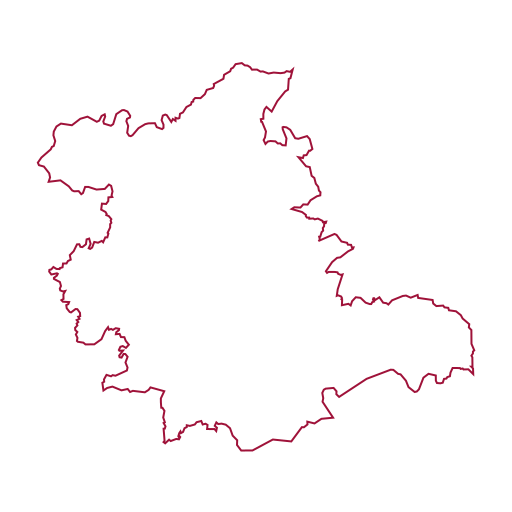 outline of Jalostotitlán, Jalisco, Mexico, rotated 355°
{"feature_id": "50627088B48437195320512", "entity_name": "Jalostotitlán", "entity_type": "district", "adm_level": 2, "iso_a3": "MEX", "parent_name": "Mexico", "parent_adm1": "Jalisco", "projection": "albers", "projection_center": [-102.485, 21.201], "detail": "fine", "context": "isolated", "style": "outline", "palette": "rose", "viewbox_px": 512, "rotation_deg": 355, "n_neighbors": 0, "source": "geoboundaries", "source_scale": "gbopen_adm2", "svg_char_len": 6025}
<svg xmlns="http://www.w3.org/2000/svg" viewBox="0 0 512 512"><g transform="rotate(355 256 256)"><path d="M462.1,392.6L462.4,387.0L460.8,385.0L462.0,385.1L462.7,375.8L461.9,374.1L463.6,372.0L463.8,370.1L465.2,369.0L463.0,362.3L464.1,348.5L461.8,345.7L462.5,342.5L456.4,336.3L454.9,332.8L450.4,328.5L443.5,326.9L443.0,324.4L439.3,323.6L438.1,321.7L431.3,321.6L428.4,318.8L428.1,315.2L413.9,311.9L413.6,308.9L406.5,311.0L402.0,308.5L398.8,308.6L387.7,312.0L383.6,315.9L381.9,314.4L378.6,313.6L375.3,307.9L370.8,310.3L370.1,308.4L369.3,308.3L368.7,309.5L369.5,311.7L367.8,312.1L366.6,313.9L365.1,313.8L361.1,312.0L356.5,306.8L351.8,305.8L347.8,309.4L346.0,313.5L343.9,311.7L337.3,312.5L338.0,307.2L337.3,306.5L338.0,305.5L337.3,303.8L334.3,302.3L333.0,302.7L334.5,296.3L340.6,281.9L338.8,282.2L336.3,280.9L335.8,279.4L333.4,278.8L326.9,278.2L325.3,279.0L324.3,277.3L331.3,268.7L336.6,264.9L339.9,264.7L348.1,259.4L353.2,257.3L353.9,255.9L352.3,255.8L351.7,253.2L348.5,252.7L347.9,250.8L342.4,249.0L338.1,242.0L336.1,240.9L319.5,246.5L321.1,245.4L320.6,242.3L321.7,242.3L323.5,237.9L325.1,236.6L325.0,234.0L326.4,232.3L326.8,229.2L328.3,229.3L328.9,227.9L325.6,228.2L325.3,226.8L320.9,224.1L317.7,224.6L316.3,223.6L312.3,223.5L312.3,222.4L310.1,222.2L309.1,220.6L309.3,219.4L305.7,216.2L295.6,212.3L298.4,210.8L304.5,211.6L307.6,208.7L311.9,209.3L315.2,205.2L321.9,201.8L325.3,201.2L325.8,198.1L324.4,196.3L324.0,192.4L321.9,189.2L320.9,183.3L318.4,181.0L317.3,172.1L313.7,171.0L306.9,161.3L311.3,162.5L312.3,159.9L315.1,159.9L318.0,155.7L319.1,155.9L321.5,154.3L319.7,144.2L317.3,141.0L308.4,142.9L305.3,142.1L301.1,133.3L297.6,130.5L294.4,129.8L293.7,130.1L293.7,132.1L296.6,141.5L295.2,148.4L291.9,147.9L290.0,145.9L287.5,145.8L285.4,143.5L280.4,142.7L277.7,143.0L275.2,145.2L273.7,141.2L275.3,138.7L276.8,132.8L273.7,122.9L272.9,122.7L272.7,120.1L275.3,119.9L275.7,115.1L277.2,110.8L279.4,108.4L284.2,113.5L290.7,103.6L299.4,94.6L302.4,93.1L304.1,82.4L305.8,81.9L308.8,73.4L306.0,75.5L302.6,74.5L300.4,75.8L296.4,76.0L289.6,74.8L284.4,75.3L278.9,72.7L276.6,72.7L273.3,70.4L268.2,70.0L266.6,67.4L264.2,65.6L261.4,65.1L258.7,62.6L252.4,63.1L249.6,66.4L247.5,67.3L246.4,69.7L240.0,72.7L239.0,76.6L228.9,81.0L229.1,82.8L228.0,84.9L221.4,86.2L219.2,90.3L214.5,93.9L209.2,93.3L207.2,95.0L206.9,96.7L205.3,97.0L204.4,99.5L199.7,101.5L195.7,106.6L192.7,107.7L191.7,111.9L190.2,112.3L187.9,111.3L187.6,114.3L185.1,112.3L183.3,115.1L179.4,107.9L177.9,107.2L175.4,108.0L173.8,112.4L175.3,117.1L175.0,120.3L173.5,121.4L168.4,119.0L166.9,114.9L160.3,114.5L157.1,115.0L150.1,118.4L143.5,124.9L141.7,125.7L140.0,125.1L138.4,122.0L140.0,115.3L138.6,110.4L139.5,108.1L142.5,107.0L142.9,105.4L140.6,100.9L137.2,99.1L135.3,99.1L129.2,102.5L125.2,112.2L122.8,113.6L116.1,110.9L115.6,108.7L117.9,103.9L117.6,101.7L114.4,103.0L111.6,107.5L109.1,108.4L100.3,102.5L92.9,104.0L84.0,109.7L73.2,107.1L68.5,109.6L65.4,114.4L64.7,118.1L66.0,124.0L64.1,128.8L62.2,129.5L60.8,131.9L50.8,139.2L46.8,144.0L47.7,146.6L52.5,148.4L57.2,155.6L57.7,159.8L55.9,164.0L67.8,163.6L75.6,170.3L78.6,174.7L80.5,175.7L85.0,175.9L87.3,179.2L89.1,178.2L91.8,172.3L95.1,172.6L102.9,175.9L111.2,176.0L115.7,172.0L117.8,173.5L118.7,179.1L117.4,183.1L118.0,184.7L114.1,184.7L113.6,188.4L111.2,191.1L107.1,190.4L105.8,196.3L109.9,199.0L110.9,201.1L110.4,202.2L112.8,203.4L115.1,206.7L114.3,208.1L114.8,210.3L113.5,211.5L113.2,214.8L110.2,220.0L110.9,220.8L109.5,224.5L107.5,224.3L104.9,229.0L103.7,227.5L99.8,229.0L96.1,227.9L93.5,233.3L91.4,234.5L90.0,233.7L92.3,229.5L91.3,224.1L88.7,224.7L87.6,229.5L83.8,232.0L81.9,231.6L81.0,228.9L78.7,228.8L74.8,235.3L70.6,238.9L71.1,243.5L68.2,244.6L66.6,246.9L63.1,246.7L62.3,250.4L59.5,251.0L59.2,251.9L56.1,251.5L53.2,249.3L50.9,251.5L49.0,251.8L48.6,253.5L50.5,256.6L56.2,255.9L57.0,256.5L55.9,258.2L52.8,260.1L52.7,261.2L58.4,264.9L59.1,268.9L57.7,271.4L58.0,273.2L60.6,274.5L62.9,274.2L60.8,277.4L60.5,282.0L58.3,283.0L59.6,284.7L65.8,285.6L64.8,287.6L62.7,288.4L62.9,291.6L65.5,295.5L66.8,296.1L71.6,293.1L73.4,293.4L75.7,297.3L75.6,300.6L73.6,301.0L74.7,303.2L71.8,304.2L73.2,306.3L71.4,307.7L72.0,309.6L69.5,311.8L69.5,314.0L71.4,316.1L69.7,318.5L71.0,322.0L70.2,325.0L71.0,325.9L76.5,327.3L78.4,329.2L87.2,329.9L94.8,325.4L99.2,317.6L102.4,314.0L103.1,316.7L105.3,316.0L107.0,317.1L110.0,315.7L113.3,316.6L113.0,317.9L110.2,319.7L109.6,321.7L113.3,321.7L114.4,325.0L117.8,325.4L118.8,329.1L121.6,333.3L118.4,336.2L115.4,334.1L113.0,334.6L111.2,337.7L111.7,338.5L115.3,338.6L111.0,343.3L111.3,345.0L113.2,345.5L115.6,342.0L117.3,342.3L119.3,345.2L116.7,350.7L118.3,355.9L117.4,358.8L105.6,363.0L102.8,362.2L101.1,363.2L96.7,361.4L93.8,365.7L93.8,368.0L91.9,368.9L92.3,376.7L96.2,374.5L101.6,373.6L110.3,378.1L116.6,377.3L118.7,380.5L121.6,379.6L133.4,382.1L137.4,380.0L139.4,377.7L152.8,382.7L148.8,389.6L148.5,393.4L148.4,398.9L149.6,399.1L151.3,402.3L149.5,408.8L150.7,413.7L149.4,414.3L151.0,417.8L150.1,420.0L148.9,420.0L148.8,432.2L147.7,433.3L149.2,434.7L153.4,431.4L154.9,432.9L160.6,431.3L163.3,431.9L164.7,429.7L164.3,429.1L163.4,429.9L162.9,428.8L164.1,425.8L165.4,424.2L165.8,425.9L168.0,424.9L169.8,421.3L172.1,420.4L172.3,418.6L175.3,419.5L180.4,418.5L182.3,416.4L187.1,415.6L188.2,419.2L191.1,418.7L193.0,420.1L192.2,424.1L199.6,424.8L201.1,426.9L202.1,423.7L200.1,421.6L202.0,418.3L203.7,420.1L207.1,420.0L211.2,421.4L215.1,425.3L217.1,432.9L221.2,437.9L220.6,442.6L224.3,448.5L235.6,449.4L256.8,440.3L275.0,443.8L286.8,430.5L288.8,430.8L292.6,428.3L292.7,425.5L299.7,427.9L307.0,423.9L318.7,423.8L309.6,407.0L310.6,403.5L310.1,398.2L311.9,395.1L313.9,394.2L321.8,394.2L324.4,397.8L324.0,400.7L326.5,403.6L355.5,388.0L380.3,381.0L382.9,381.4L387.3,385.8L389.7,386.5L394.5,393.3L396.5,399.9L402.2,405.3L404.4,405.0L406.7,403.0L412.2,391.8L417.6,388.4L424.7,390.7L424.3,395.9L425.2,398.3L428.6,398.9L431.0,398.5L432.6,394.8L435.0,394.7L436.0,393.3L438.7,392.7L439.6,389.1L442.1,384.7L449.4,385.4L450.0,386.3L452.1,386.1L452.8,387.1L457.7,387.4L462.1,392.6Z" fill="none" stroke="#9f1239" stroke-width="2"/></g></svg>